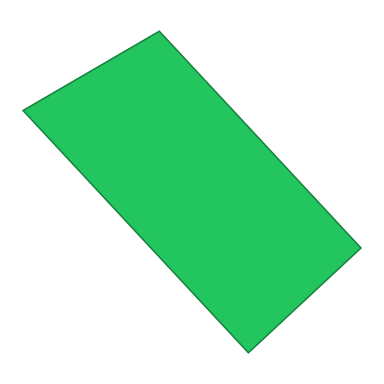 the district of 58, Ar Rayyān, Qatar
{"feature_id": "91078587B98938999484026", "entity_name": "58", "entity_type": "district", "adm_level": 2, "iso_a3": "QAT", "parent_name": "Qatar", "parent_adm1": "Ar Rayyān", "projection": "orthographic", "projection_center": [51.48, 25.241], "detail": "fine", "context": "isolated", "style": "filled", "palette": "green", "viewbox_px": 384, "rotation_deg": 0, "n_neighbors": 0, "source": "geoboundaries", "source_scale": "gbopen_adm2", "svg_char_len": 189}
<svg xmlns="http://www.w3.org/2000/svg" viewBox="0 0 384 384"><path d="M159.3,31.2L23.0,110.5L248.4,352.8L361.0,248.0L159.3,31.2Z" fill="#22c55e" stroke="#15803d" stroke-width="1.5"/></svg>